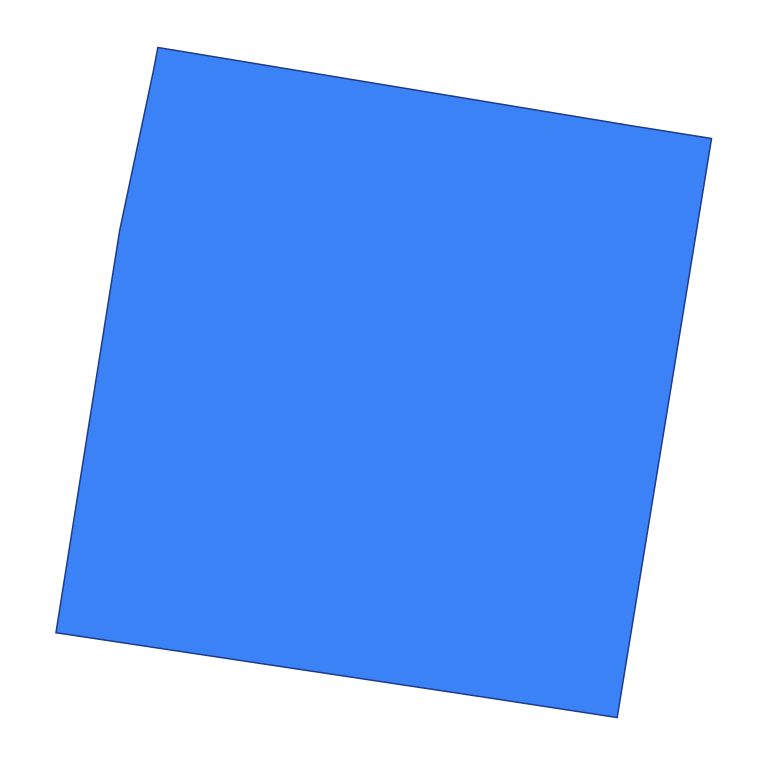 DeKalb, Missouri, United States of America (Equal Earth projection), rotated 279°
{"feature_id": "52423323B71692857350549", "entity_name": "DeKalb", "entity_type": "district", "adm_level": 2, "iso_a3": "USA", "parent_name": "United States of America", "parent_adm1": "Missouri", "projection": "equal_earth", "projection_center": [-94.355, 39.893], "detail": "fine", "context": "isolated", "style": "filled", "palette": "blue", "viewbox_px": 768, "rotation_deg": 279, "n_neighbors": 0, "source": "geoboundaries", "source_scale": "gbopen_adm2", "svg_char_len": 274}
<svg xmlns="http://www.w3.org/2000/svg" viewBox="0 0 768 768"><g transform="rotate(279 384 384)"><path d="M658.3,107.3L494.0,98.9L87.0,98.9L90.3,525.1L91.0,666.5L677.7,669.1L677.8,585.3L681.0,108.0L658.3,107.3Z" fill="#3b82f6" stroke="#1e3a8a" stroke-width="1.5"/></g></svg>